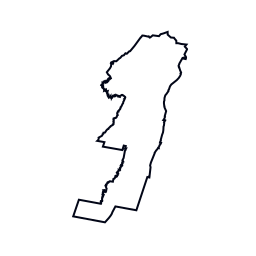 outline of Valles pag., Vecumnieku, Latvia, rotated 117°
{"feature_id": "27541924B9104709044918", "entity_name": "Valles pag.", "entity_type": "district", "adm_level": 2, "iso_a3": "LVA", "parent_name": "Latvia", "parent_adm1": "Vecumnieku", "projection": "natural_earth1", "projection_center": [24.836, 56.515], "detail": "fine", "context": "isolated", "style": "outline", "palette": "ink", "viewbox_px": 256, "rotation_deg": 117, "n_neighbors": 0, "source": "geoboundaries", "source_scale": "gbopen_adm2", "svg_char_len": 5861}
<svg xmlns="http://www.w3.org/2000/svg" viewBox="0 0 256 256"><g transform="rotate(117 128 128)"><path d="M231.6,136.7L222.5,105.7L216.8,104.2L214.2,103.7L212.2,103.5L209.9,103.7L203.6,103.6L197.5,83.2L162.9,88.5L162.4,86.5L161.5,86.8L161.6,87.1L161.4,87.1L161.4,87.3L160.2,87.3L152.7,90.1L151.3,91.3L148.3,91.9L138.2,92.8L138.0,93.0L135.2,92.7L133.3,92.2L132.0,92.2L131.9,91.7L131.7,91.9L130.5,91.8L129.2,92.1L128.7,91.9L127.5,91.9L127.3,91.7L126.2,91.8L126.5,92.9L125.5,93.1L124.3,93.0L123.8,93.4L118.7,94.5L116.1,94.8L113.7,95.6L110.6,97.0L109.5,97.1L106.8,98.1L106.5,98.6L105.6,98.6L104.5,98.2L104.2,98.3L104.2,98.6L104.8,100.1L103.1,99.9L101.2,100.1L100.9,100.6L95.6,101.7L93.1,104.8L92.2,105.3L92.2,105.5L89.5,107.3L87.9,108.0L87.1,108.0L84.7,109.1L82.0,109.6L79.7,109.1L78.6,109.0L76.9,108.7L76.1,109.2L75.3,109.0L71.8,109.5L69.6,109.2L63.2,106.3L60.5,105.5L57.8,105.2L55.8,105.4L55.5,106.0L54.4,105.9L53.1,107.6L50.5,110.1L50.7,110.3L49.6,111.2L47.9,111.3L47.4,111.5L40.8,111.2L39.9,110.1L40.9,109.7L40.4,107.9L39.2,108.1L38.4,108.6L36.8,111.1L31.1,111.1L30.8,111.3L29.7,114.3L27.1,113.8L28.9,118.5L29.7,121.9L30.5,123.4L28.3,124.6L27.1,127.4L26.7,128.0L27.9,130.9L26.8,135.0L24.4,136.3L27.7,139.4L29.6,141.5L32.1,142.1L34.2,148.0L37.2,149.3L37.6,149.8L37.0,151.0L37.3,151.1L38.5,155.7L39.1,157.2L41.3,157.6L41.4,157.8L52.0,159.5L58.6,161.0L59.1,161.7L62.4,162.8L62.6,164.2L65.1,164.7L66.4,166.1L69.0,166.7L69.9,167.3L73.8,168.7L74.8,170.9L77.3,172.8L78.0,172.7L78.0,172.3L76.9,172.0L76.0,171.3L76.0,171.0L76.8,170.6L77.6,170.6L77.5,171.0L78.7,172.0L80.8,171.1L83.1,171.2L87.9,172.2L89.3,170.1L89.8,168.1L90.2,167.3L91.5,165.8L92.1,166.2L92.0,166.4L92.7,166.5L92.4,167.1L92.1,167.0L92.0,166.5L91.6,166.7L91.7,167.0L92.6,167.8L93.9,168.1L95.0,168.1L95.9,167.8L94.7,167.2L94.9,166.9L96.8,167.4L97.0,167.6L96.9,167.7L96.5,167.8L97.3,168.3L96.4,168.5L96.3,168.8L97.1,169.0L97.2,169.3L96.9,169.7L97.6,169.8L97.6,170.1L97.1,170.3L97.8,170.9L98.6,170.5L99.2,170.8L99.5,170.3L99.9,170.3L100.0,170.4L99.8,171.0L100.8,170.5L101.5,171.3L102.0,171.3L102.0,171.0L101.5,170.6L101.4,170.3L102.7,170.0L102.9,169.7L101.7,169.7L101.6,169.4L102.6,168.8L102.9,169.3L103.5,169.3L103.3,168.4L103.9,168.2L104.1,166.8L104.3,166.8L104.2,167.0L104.4,167.1L105.0,166.6L104.3,166.5L104.2,166.3L105.3,166.1L105.0,165.9L104.9,165.6L104.4,165.7L103.9,165.3L104.5,165.1L104.2,164.6L104.5,164.3L105.1,164.8L105.4,164.7L105.4,164.2L104.9,163.8L105.1,163.2L104.8,163.0L105.0,162.9L105.5,163.1L105.8,162.9L105.4,162.7L106.0,162.6L105.9,162.3L106.0,162.2L106.9,161.6L107.2,161.2L107.1,160.7L107.9,160.7L108.1,161.0L108.8,160.1L108.4,160.0L108.4,159.6L108.9,159.9L109.1,159.4L108.6,159.5L108.4,159.2L109.0,158.9L108.0,158.5L108.6,158.4L108.1,158.0L108.1,157.8L108.7,158.0L109.0,157.6L108.9,157.1L108.3,157.4L108.1,157.2L108.3,156.8L108.8,156.9L108.3,156.5L108.6,156.3L107.8,156.3L107.9,156.0L107.6,156.0L107.3,156.2L107.4,156.5L107.1,156.6L106.9,156.4L107.0,156.1L106.9,156.1L106.0,156.1L105.8,155.8L106.7,155.8L106.9,155.7L105.9,155.4L105.6,155.5L105.2,155.2L105.9,155.1L105.3,154.6L105.6,154.6L105.4,154.4L105.7,154.0L103.9,152.8L103.7,151.1L104.4,151.0L104.0,149.4L103.2,149.8L102.1,149.0L101.9,148.7L101.4,148.6L101.1,148.1L101.1,147.9L101.3,147.9L101.2,146.6L101.6,144.7L102.6,144.3L103.0,144.4L102.9,144.2L105.8,144.0L106.7,144.1L108.2,143.6L108.9,143.8L112.0,143.7L112.7,144.0L113.3,143.7L114.0,143.9L114.4,143.6L115.1,143.6L116.2,144.1L117.0,144.0L116.9,144.2L117.2,144.4L119.1,144.5L120.1,144.2L120.4,143.6L121.2,143.5L121.3,143.1L121.8,143.3L123.7,143.1L124.5,143.4L125.0,143.9L124.9,144.1L126.0,145.2L126.8,145.0L126.9,144.6L127.4,144.5L128.1,143.9L128.7,144.1L129.3,143.6L129.4,143.3L130.5,143.1L130.8,142.7L131.1,142.6L131.8,142.8L132.0,143.2L132.5,143.1L134.2,144.3L134.9,144.3L135.5,144.7L135.8,144.7L137.5,145.3L137.8,145.1L138.6,145.8L140.1,146.2L142.4,146.4L143.2,147.5L143.4,147.3L144.0,147.6L144.4,147.4L145.1,147.8L145.4,147.6L146.8,147.7L149.9,149.8L150.3,149.4L151.8,149.1L152.9,149.3L153.4,149.5L151.3,142.6L156.0,141.9L150.2,123.0L145.6,123.8L145.1,121.8L145.6,121.7L146.5,121.3L147.3,121.3L147.1,121.1L147.7,120.8L147.8,120.6L147.6,120.4L147.9,120.4L148.8,120.2L149.7,120.4L156.7,118.3L159.3,118.3L159.5,118.2L159.5,117.7L159.9,117.2L160.1,117.6L160.4,117.6L160.6,117.3L161.3,117.4L161.5,117.0L161.9,117.3L162.5,116.8L163.2,117.1L163.2,116.8L163.4,116.8L163.6,116.6L163.7,116.9L164.3,116.9L164.2,116.6L164.5,116.5L164.6,116.8L164.9,116.5L165.2,116.9L165.4,116.5L166.0,116.7L166.4,116.9L166.7,116.7L167.1,117.0L167.5,116.6L167.8,116.5L167.6,116.8L168.1,116.9L168.7,116.4L168.8,116.8L169.2,116.8L169.3,117.1L169.6,116.7L169.8,116.8L169.8,117.0L170.0,116.9L170.5,117.1L170.8,116.9L171.4,117.0L171.1,117.2L171.3,117.4L171.8,117.5L171.8,117.1L173.0,117.6L173.3,117.0L172.6,116.8L173.0,116.4L173.5,116.4L173.0,116.2L173.2,115.9L173.8,116.1L174.7,115.8L174.9,116.0L175.4,116.5L175.4,116.2L176.0,116.2L176.2,115.9L176.7,116.1L176.9,116.6L176.6,116.9L176.8,117.1L177.1,117.2L176.8,117.0L177.2,116.8L177.5,116.9L177.5,117.2L178.9,117.0L179.5,117.3L179.5,117.5L179.9,117.9L182.7,117.1L183.6,119.7L183.5,120.3L183.7,119.8L184.0,120.0L184.0,120.3L185.2,120.6L185.1,120.9L185.2,121.2L185.9,121.6L186.3,121.2L187.5,121.5L188.0,121.4L187.9,121.6L188.4,122.0L189.1,121.7L189.6,121.9L191.9,119.4L192.8,119.5L193.8,118.9L195.1,118.8L195.3,119.5L195.8,120.4L195.2,120.4L194.2,121.1L194.4,121.4L194.6,120.9L194.7,121.2L195.3,120.9L195.6,121.1L195.4,121.2L195.3,121.4L195.5,121.5L196.2,121.3L196.1,121.2L196.7,121.2L196.8,121.1L196.5,120.8L197.0,120.7L198.4,120.6L198.3,120.3L199.3,120.0L199.1,119.8L200.5,119.3L200.3,119.2L201.7,119.1L201.8,119.4L203.1,118.9L204.6,117.8L204.8,117.8L205.1,118.2L205.1,118.5L205.4,119.0L205.7,118.9L205.8,118.6L206.3,118.7L206.6,118.4L206.5,118.1L207.0,117.8L207.8,117.7L214.2,139.2L231.6,136.7Z" fill="none" stroke="#020617" stroke-width="2"/></g></svg>